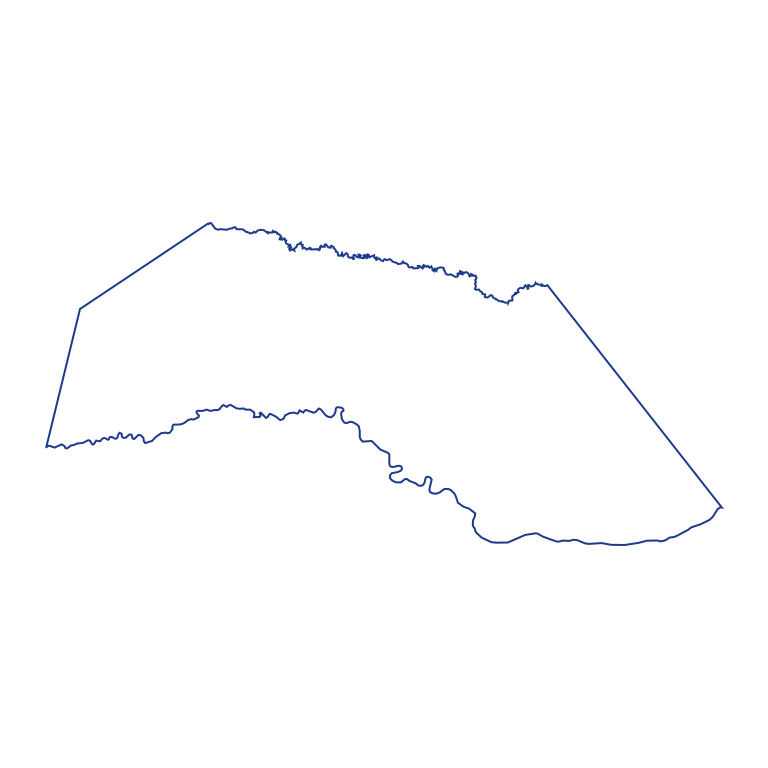 Cravo Norte, Arauca, Colombia
{"feature_id": "7082276B36906579253224", "entity_name": "Cravo Norte", "entity_type": "district", "adm_level": 2, "iso_a3": "COL", "parent_name": "Colombia", "parent_adm1": "Arauca", "projection": "mercator", "projection_center": [-70.099, 6.342], "detail": "fine", "context": "isolated", "style": "outline", "palette": "blue", "viewbox_px": 768, "rotation_deg": 0, "n_neighbors": 0, "source": "geoboundaries", "source_scale": "gbopen_adm2", "svg_char_len": 6108}
<svg xmlns="http://www.w3.org/2000/svg" viewBox="0 0 768 768"><path d="M547.3,285.1L545.6,286.1L543.4,285.8L542.4,284.9L542.5,285.9L541.9,285.9L539.4,284.5L537.6,284.4L536.8,283.6L536.1,283.8L535.6,282.9L535.1,284.1L532.9,286.2L530.5,286.4L528.9,285.1L528.2,285.2L528.3,288.4L527.8,288.8L527.4,288.7L527.5,287.4L525.4,285.3L523.3,288.3L520.3,287.8L518.4,289.1L517.8,290.6L518.5,292.2L517.0,292.6L516.4,293.8L515.4,294.0L515.9,293.2L515.5,292.9L514.8,293.4L514.8,294.4L512.2,296.4L512.4,300.4L509.0,300.8L508.0,303.2L507.9,302.8L504.5,302.5L503.0,301.4L502.0,301.8L501.6,301.3L498.9,301.1L496.8,299.5L496.1,299.5L495.8,298.8L494.1,298.3L492.5,296.8L492.2,295.7L490.9,295.1L487.8,297.3L485.3,297.3L484.7,296.5L485.2,294.5L482.3,293.8L482.0,292.2L480.1,291.2L479.1,289.6L476.1,289.7L475.0,289.1L475.9,286.1L475.0,283.4L476.0,282.1L475.2,280.0L476.5,278.3L475.7,275.7L473.1,275.8L472.7,274.8L472.3,275.0L471.2,274.1L470.8,275.9L469.6,276.4L468.5,273.7L467.2,272.4L465.5,272.2L463.3,273.6L463.2,272.6L460.1,271.1L459.8,272.4L461.3,274.0L457.9,273.4L457.4,273.8L458.0,275.3L457.6,276.5L455.4,276.9L450.9,274.4L447.9,274.8L445.6,273.7L445.0,271.3L443.8,270.2L443.8,268.1L443.4,267.8L440.2,267.4L437.1,268.4L436.6,270.7L434.8,268.7L433.9,269.9L434.9,270.5L434.5,271.3L432.5,270.2L432.4,268.6L431.3,266.4L429.5,267.7L427.8,265.9L426.5,266.8L423.7,265.0L423.0,265.9L423.7,267.4L422.5,268.4L419.6,266.0L418.7,265.9L417.9,266.1L418.6,267.1L418.4,268.1L413.4,268.4L412.5,267.0L409.9,267.5L408.6,267.0L407.7,264.5L405.3,263.1L404.0,263.1L402.5,260.8L402.7,262.1L401.6,263.6L398.1,264.1L397.2,263.1L393.1,261.8L390.0,259.1L386.9,260.1L384.4,259.1L383.1,261.1L380.6,260.2L379.6,258.7L378.8,258.3L376.3,259.9L375.8,259.0L376.7,258.5L376.6,257.5L374.9,258.1L374.3,257.7L374.1,255.3L369.4,257.3L368.7,256.3L368.9,255.0L367.6,254.4L366.6,254.9L367.2,255.0L366.7,255.6L367.3,257.8L366.7,258.2L365.5,257.4L364.0,255.1L363.5,255.5L364.2,257.5L363.6,258.3L360.1,257.6L359.9,256.7L360.7,255.7L359.9,254.6L358.4,254.6L358.8,257.4L356.9,257.1L354.9,254.9L353.6,255.1L353.3,256.6L354.0,258.8L353.4,259.1L351.6,257.6L348.9,257.5L347.8,256.0L347.7,254.3L346.3,253.1L343.1,256.2L342.0,253.0L340.7,255.8L338.1,255.5L337.6,252.3L336.0,251.7L335.6,249.8L333.9,248.3L333.9,247.4L331.6,245.8L330.8,246.1L330.7,247.7L328.4,247.4L325.9,244.3L324.8,244.7L324.7,246.8L323.2,246.4L322.2,247.1L321.0,245.8L320.0,247.1L320.0,249.1L319.0,250.2L317.5,248.9L316.3,249.5L314.7,249.2L311.7,249.6L311.0,249.3L310.8,248.3L309.6,247.8L309.2,248.9L308.0,248.7L306.8,249.6L304.5,247.7L302.9,248.3L303.1,247.5L302.2,246.7L302.7,244.9L301.3,244.7L300.9,242.6L299.1,244.0L297.3,244.6L296.3,247.1L294.1,248.6L294.4,250.7L292.5,249.4L290.1,250.5L289.2,249.1L290.9,247.8L291.1,247.1L288.8,246.7L290.3,245.4L290.3,244.8L287.9,244.5L286.6,243.7L285.6,242.0L286.2,240.6L285.2,240.5L284.7,238.5L283.9,238.5L282.3,239.8L281.3,238.8L280.4,239.5L279.6,239.3L279.9,238.1L281.3,237.8L281.5,237.3L279.6,234.6L277.4,233.8L277.3,232.8L276.5,232.7L275.6,231.7L274.1,232.3L273.0,230.9L272.1,232.5L269.0,232.6L268.1,232.1L267.9,233.1L263.9,230.2L260.5,229.8L257.5,230.6L255.6,232.6L254.0,231.7L252.8,232.9L250.0,233.4L247.5,232.0L246.6,232.1L242.6,229.3L236.6,229.2L235.5,227.3L233.6,227.4L232.1,228.4L229.8,228.6L226.6,229.8L220.1,229.1L218.2,229.8L215.2,228.6L211.2,223.2L210.4,223.0L208.7,224.0L208.1,223.5L80.0,309.0L46.1,447.9L47.2,446.3L49.4,445.7L54.5,447.6L61.7,444.4L64.5,446.1L65.5,448.2L67.3,448.3L71.1,445.4L73.7,445.1L76.9,443.6L83.2,442.8L88.2,440.2L90.2,440.8L91.6,443.6L92.8,444.6L94.1,443.8L96.1,440.6L100.2,441.3L102.0,439.0L103.8,438.0L105.4,438.2L107.5,439.7L108.7,439.5L109.4,437.6L110.4,436.9L112.2,437.1L115.1,438.7L116.5,438.5L117.3,437.8L118.4,434.3L119.5,432.8L121.6,433.7L121.9,436.8L123.5,437.9L125.8,437.7L129.0,434.8L130.9,434.4L131.9,435.2L132.5,438.4L134.2,439.0L138.5,434.9L140.7,435.2L143.4,437.9L143.9,441.4L145.2,443.1L152.1,440.9L155.8,437.0L161.0,433.3L165.7,432.6L167.7,433.3L169.7,432.8L172.4,429.2L172.4,426.4L173.4,424.7L179.6,424.5L182.2,423.9L184.9,422.6L187.8,420.2L191.4,419.1L193.5,419.6L197.4,417.8L198.6,417.0L199.0,415.7L196.6,412.9L196.7,411.5L197.4,410.8L202.9,410.9L206.4,409.6L210.4,410.9L214.9,410.0L218.0,410.0L219.8,408.9L221.7,406.2L223.4,405.0L226.8,406.9L228.9,405.3L230.6,404.9L236.6,408.4L239.4,408.8L244.0,408.5L245.5,409.6L250.3,409.7L254.0,412.3L254.4,414.4L253.8,417.2L259.8,416.9L260.6,415.7L259.7,413.3L260.8,412.7L266.0,417.9L267.6,417.0L269.4,414.2L270.5,413.9L276.4,416.9L279.7,419.8L280.6,420.0L283.5,418.9L285.1,415.4L289.5,413.2L293.8,412.6L297.3,413.6L298.4,412.8L299.6,410.4L303.2,412.5L304.8,410.5L306.1,410.0L313.7,412.7L315.8,411.8L318.9,408.5L321.1,409.7L325.8,415.4L328.3,416.9L331.0,417.3L333.9,415.2L335.4,412.0L335.8,408.8L336.6,407.5L338.2,407.2L341.8,407.8L343.3,409.2L343.4,410.9L341.6,411.9L341.1,413.9L342.0,419.5L344.4,422.7L346.8,423.1L349.5,422.0L351.9,421.8L356.7,424.3L358.8,426.4L359.7,430.8L359.8,437.3L360.6,439.3L362.6,441.6L371.7,441.0L380.4,449.6L388.0,452.9L389.2,454.1L389.4,455.3L389.3,463.7L389.9,465.8L391.1,466.8L394.1,466.9L397.6,465.9L400.1,465.9L401.6,467.0L402.0,468.8L401.1,470.5L398.0,472.0L391.8,473.2L390.1,475.1L390.0,478.2L392.3,480.6L395.9,482.3L400.8,482.4L405.0,479.1L406.9,479.0L409.7,481.1L415.0,483.0L418.8,485.6L421.2,485.8L422.9,485.1L424.4,483.1L425.7,477.8L426.7,476.9L427.8,476.8L430.2,477.6L431.7,479.6L429.5,488.7L429.4,490.4L430.3,492.3L433.1,493.5L436.3,493.7L439.8,492.4L444.1,489.1L448.1,488.9L450.7,490.0L454.2,493.3L455.9,496.5L457.9,502.7L463.5,506.7L469.2,508.7L475.2,513.4L474.8,516.3L473.0,520.4L472.8,525.7L474.7,528.5L475.4,531.2L476.3,532.7L481.7,537.7L491.5,542.2L496.6,542.7L507.9,542.5L525.0,535.0L535.4,533.3L537.4,533.5L542.8,536.6L556.5,541.5L559.4,541.5L562.8,540.6L569.6,540.9L572.9,539.8L577.1,540.1L584.8,543.3L588.6,543.9L601.6,543.1L611.1,544.8L624.5,545.0L638.4,542.9L646.9,540.7L657.7,540.5L659.8,541.3L662.3,541.1L665.4,540.3L669.5,537.6L674.0,537.0L676.8,535.9L687.8,530.0L691.5,527.3L700.5,524.3L709.3,520.0L712.9,516.7L717.8,508.9L720.4,507.4L721.9,507.6L547.3,285.1Z" fill="none" stroke="#1e3a8a" stroke-width="2"/></svg>